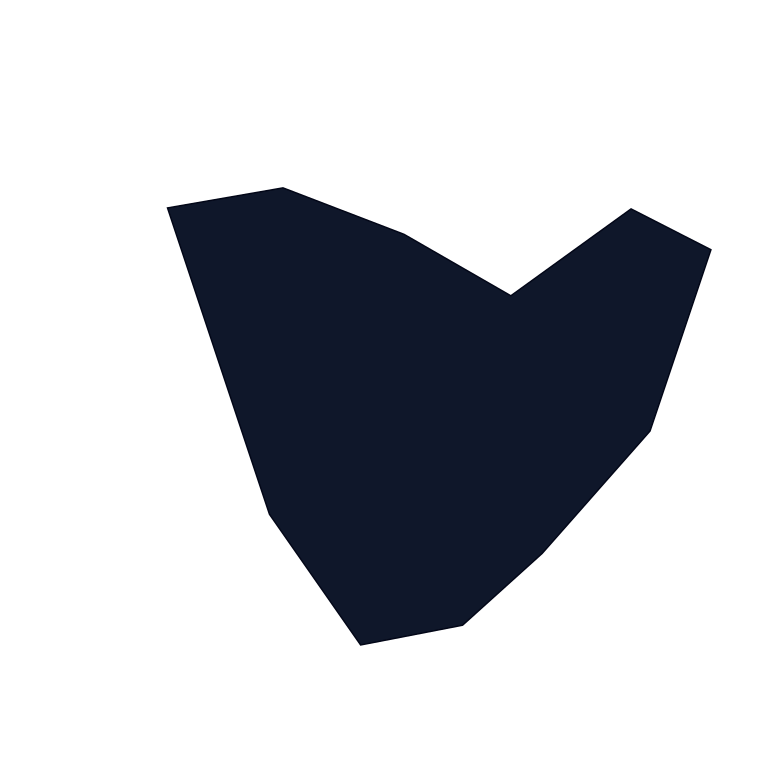 the border of Saint Mary Cayon, rotated 201°
{"feature_id": "KNA-5106", "entity_name": "Saint Mary Cayon", "entity_type": "Parish", "adm_level": 1, "iso_a3": "KNA", "parent_name": "Saint Kitts and Nevis", "parent_adm1": "", "projection": "natural_earth1", "projection_center": [-62.73, 17.347], "detail": "fine", "context": "isolated", "style": "filled", "palette": "ink", "viewbox_px": 768, "rotation_deg": 201, "n_neighbors": 0, "source": "natural_earth", "source_scale": "10m", "svg_char_len": 315}
<svg xmlns="http://www.w3.org/2000/svg" viewBox="0 0 768 768"><g transform="rotate(201 384 384)"><path d="M312.3,132.0L444.2,221.3L649.2,470.8L548.6,530.9L418.9,530.9L297.2,511.8L216.1,636.0L126.9,626.5L118.8,435.4L175.6,282.6L224.2,187.0L312.3,132.0Z" fill="#0f172a" stroke="#020617" stroke-width="1.5"/></g></svg>